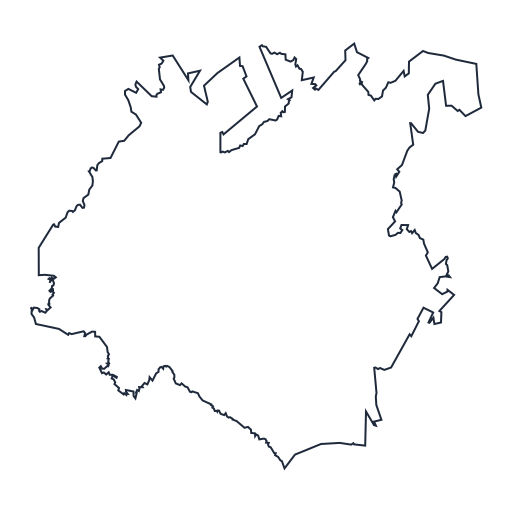 outline of Venustiano Carranza, Chiapas, Mexico
{"feature_id": "50627088B57673642633786", "entity_name": "Venustiano Carranza", "entity_type": "district", "adm_level": 2, "iso_a3": "MEX", "parent_name": "Mexico", "parent_adm1": "Chiapas", "projection": "equal_earth", "projection_center": [-92.682, 16.309], "detail": "fine", "context": "isolated", "style": "outline", "palette": "slate", "viewbox_px": 512, "rotation_deg": 0, "n_neighbors": 0, "source": "geoboundaries", "source_scale": "gbopen_adm2", "svg_char_len": 5913}
<svg xmlns="http://www.w3.org/2000/svg" viewBox="0 0 512 512"><path d="M38.8,275.2L44.8,274.8L53.9,275.8L55.8,277.3L54.2,278.6L51.7,277.8L51.3,279.4L49.5,278.2L48.7,278.9L50.6,279.7L49.6,282.8L50.6,280.9L52.7,279.5L54.0,283.5L53.4,285.4L52.0,286.1L51.8,288.3L48.8,291.4L51.2,289.8L50.9,291.7L51.4,291.5L52.9,288.3L53.1,292.0L53.9,292.9L52.5,294.7L53.1,295.6L49.8,298.5L49.1,300.5L49.1,302.8L48.4,303.9L49.3,304.2L48.7,305.2L50.6,307.4L48.0,309.8L46.2,309.3L46.8,310.9L45.4,312.7L41.4,311.0L39.9,311.8L39.1,310.9L39.4,309.2L37.2,308.0L33.9,307.6L32.7,309.8L32.6,308.7L30.7,307.5L31.8,309.4L31.5,313.9L34.1,317.5L35.9,324.0L58.9,328.9L68.2,334.8L69.1,333.1L71.7,334.1L83.6,331.3L85.1,333.1L84.3,336.2L85.3,336.2L86.6,334.6L92.1,331.6L95.1,331.8L95.2,336.4L99.4,336.8L107.0,347.0L107.6,351.9L109.0,354.3L107.8,356.0L108.2,357.1L107.6,358.5L108.8,358.9L108.2,361.4L109.0,363.2L107.1,363.5L108.7,365.0L108.1,366.3L107.2,366.1L104.2,368.8L102.1,368.6L100.8,366.2L99.3,367.6L102.0,373.2L103.8,372.5L106.2,374.5L108.7,372.3L109.7,374.8L112.8,374.8L116.8,376.9L116.5,377.8L112.7,375.4L111.7,378.5L113.7,379.4L115.2,382.3L114.5,384.1L119.0,388.0L118.3,390.4L123.6,394.4L124.2,393.2L126.3,394.9L126.4,393.8L127.7,393.9L126.0,391.7L125.9,390.0L133.5,391.5L133.6,396.0L135.4,398.4L136.7,393.0L136.0,392.7L137.1,390.0L138.8,391.1L139.5,388.6L139.1,387.1L142.6,387.2L141.9,386.2L144.5,383.0L147.4,384.4L149.2,380.2L149.6,377.2L152.5,380.6L156.2,373.3L158.5,371.9L158.6,369.2L160.3,367.2L161.6,367.0L163.2,368.7L163.6,366.3L165.2,365.8L166.2,366.6L167.1,365.9L169.4,367.0L172.6,371.1L172.3,371.8L174.3,374.7L174.4,377.4L173.7,378.7L175.8,383.4L179.9,385.1L181.6,383.4L185.4,386.7L187.5,387.2L190.0,391.8L191.5,392.2L192.3,391.4L197.9,393.2L199.5,396.6L202.7,400.5L211.3,404.4L211.0,405.0L213.0,406.3L212.4,407.6L213.8,408.5L214.8,411.0L216.9,410.8L217.3,411.6L217.8,410.5L219.0,410.6L220.6,413.8L224.2,415.1L225.7,413.2L227.1,416.5L228.6,417.6L230.0,417.2L232.6,418.8L232.5,419.5L236.5,421.0L244.6,427.8L248.0,426.9L251.0,429.8L251.2,432.9L255.0,433.4L255.2,436.0L256.2,434.4L258.2,435.6L259.3,439.4L263.9,438.6L265.5,439.2L266.6,441.1L266.1,442.6L268.7,442.9L268.0,444.3L268.8,446.6L270.7,447.3L274.3,453.2L275.7,453.2L275.1,455.2L278.1,456.9L280.5,460.5L281.9,461.1L284.5,468.4L295.0,454.6L321.0,444.0L339.7,442.9L351.2,444.6L353.4,443.2L354.1,444.4L365.2,445.6L366.0,411.5L374.0,425.1L375.9,425.7L374.0,421.6L381.4,419.8L376.3,404.9L375.8,396.4L376.5,393.0L374.2,367.8L375.5,367.5L378.0,369.1L380.0,368.0L384.3,369.9L391.1,367.5L409.6,334.3L411.3,336.2L418.9,321.2L417.5,318.9L423.5,307.7L433.2,312.5L428.5,322.5L429.4,322.8L433.4,317.7L434.4,324.0L441.0,322.5L441.4,312.2L439.4,311.0L454.1,294.9L447.5,289.8L447.4,291.6L442.2,294.2L434.1,288.0L437.7,283.3L439.7,277.1L445.3,276.4L450.0,277.1L448.7,275.4L446.7,274.7L448.3,271.4L447.2,265.1L445.9,264.0L446.6,260.1L447.8,258.4L447.2,256.7L445.7,256.9L444.5,258.9L432.1,268.9L425.9,255.6L427.8,252.3L424.0,243.6L423.3,239.6L419.9,238.1L418.6,235.0L415.8,233.0L414.7,230.0L412.1,233.2L411.0,231.1L409.3,231.9L406.8,229.2L408.1,225.1L401.5,225.0L400.2,228.4L402.3,230.1L400.4,233.0L398.0,232.8L395.5,234.9L390.3,236.3L389.0,235.5L387.9,229.1L395.1,221.4L392.9,217.2L395.5,210.9L396.4,212.3L401.7,204.5L401.1,203.1L401.7,200.5L399.7,191.6L395.5,188.0L393.0,187.4L394.2,182.6L393.7,179.1L394.5,175.7L395.5,176.3L395.4,174.1L396.2,173.8L396.4,176.3L397.8,174.2L399.3,171.8L397.2,169.3L402.0,165.0L407.3,150.7L409.6,147.4L413.2,144.7L410.2,123.1L411.0,123.1L418.0,131.8L423.0,133.0L425.3,130.6L429.2,108.7L427.8,94.8L435.4,83.7L443.0,80.9L446.1,105.8L451.6,105.7L457.7,111.0L459.4,109.8L465.5,116.1L481.3,107.6L478.4,94.4L476.3,63.9L455.8,59.6L443.9,55.6L428.2,53.0L423.0,51.0L409.0,61.6L408.8,73.4L404.7,76.4L403.6,70.9L395.4,80.8L390.6,82.8L388.3,82.3L385.9,87.7L383.0,90.6L382.0,96.4L378.4,99.0L375.6,98.8L374.3,100.4L370.9,95.6L368.5,94.9L368.3,91.9L362.7,85.5L361.7,84.2L361.9,82.9L360.0,84.3L359.6,83.7L360.9,81.4L360.0,80.8L360.1,79.2L358.2,75.1L365.6,64.2L367.2,61.3L367.1,59.0L368.3,58.0L357.0,52.2L354.2,43.6L345.2,50.5L345.5,60.2L335.8,71.0L334.1,71.8L318.4,89.9L315.7,88.5L314.9,89.6L313.1,88.0L316.3,85.4L315.2,84.1L311.4,83.9L313.7,77.5L301.8,80.2L302.8,71.8L301.0,68.9L299.5,68.8L297.5,65.3L296.0,66.5L295.3,64.4L296.2,59.1L294.6,57.5L293.3,60.1L290.6,61.6L285.7,59.7L285.4,54.3L281.4,53.9L279.9,52.8L277.1,54.2L274.4,52.6L272.1,53.8L270.5,53.4L266.1,46.8L262.7,46.3L261.9,45.2L259.5,46.8L281.2,97.9L292.2,90.5L291.5,97.3L288.0,99.2L289.7,100.3L288.8,101.6L288.7,103.5L285.0,106.5L284.9,111.9L283.2,112.3L282.3,111.2L280.7,112.9L281.2,116.3L278.7,115.9L277.1,119.5L275.7,120.5L269.2,119.2L267.5,121.0L264.0,121.9L262.2,124.3L259.2,126.1L255.0,134.3L248.3,139.1L246.6,144.0L243.8,144.0L242.7,146.0L240.2,145.5L239.1,147.9L231.5,150.1L229.0,152.1L227.8,150.9L224.9,152.4L222.6,151.6L221.0,152.5L220.4,152.2L220.4,132.8L222.3,132.0L223.5,134.4L257.0,106.5L243.3,78.7L246.5,76.4L242.6,66.2L240.0,65.9L239.4,57.5L217.5,73.0L204.0,85.7L207.8,101.8L206.8,104.4L191.0,91.9L190.2,87.0L200.0,70.7L188.0,73.4L188.4,80.2L172.7,55.5L160.1,57.6L163.4,60.7L161.6,63.6L159.0,64.7L159.7,67.2L158.8,68.8L160.0,79.4L164.0,86.0L164.2,87.8L162.9,89.9L160.6,89.4L161.0,92.3L157.3,93.8L156.4,95.1L156.5,96.7L151.7,96.2L136.6,81.6L135.4,84.4L135.9,86.7L138.2,89.1L136.1,92.8L128.4,88.9L125.0,91.0L125.0,94.6L128.3,100.2L130.7,107.2L131.4,111.7L135.9,114.5L141.2,122.8L139.5,126.3L128.6,135.4L124.2,140.8L118.8,141.6L110.5,158.0L102.3,158.7L102.2,161.1L98.8,163.2L97.3,165.3L96.7,170.4L95.9,170.5L93.5,167.9L91.9,167.5L90.6,168.5L89.7,171.1L88.9,171.3L92.4,177.0L92.9,181.2L92.4,185.5L89.3,189.6L88.3,194.6L83.5,198.1L82.8,200.9L84.5,205.2L83.9,207.7L82.5,207.9L80.0,204.7L77.9,204.9L76.5,206.3L74.9,210.3L72.9,211.9L72.1,211.0L69.3,210.7L67.7,212.0L65.6,217.7L59.0,222.9L58.2,226.9L55.2,226.6L54.1,224.3L53.2,224.6L38.7,247.8L38.8,275.2Z" fill="none" stroke="#1e293b" stroke-width="2"/></svg>